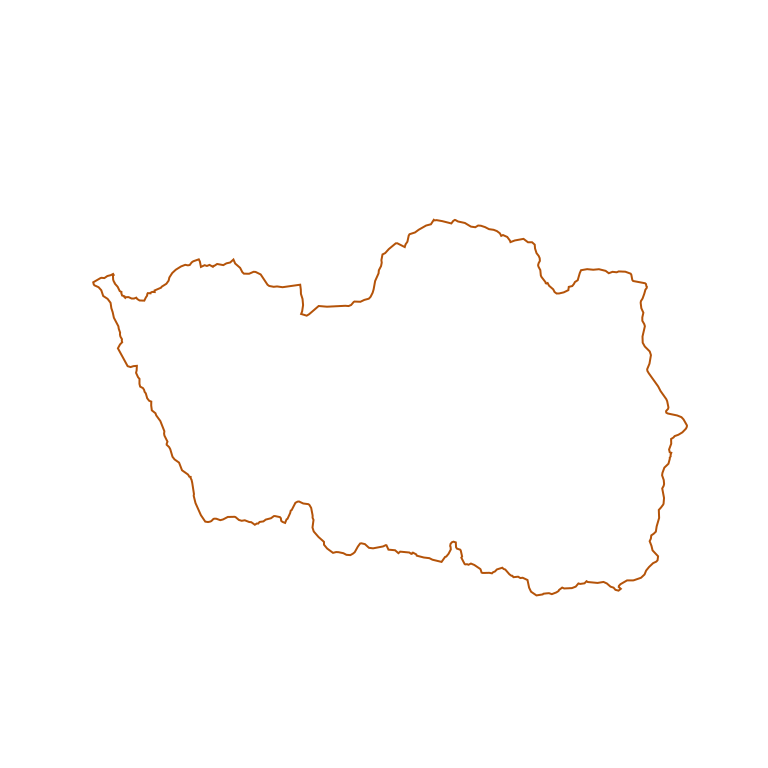 Tazlau, Neamt, Romania (orthographic projection), rotated 193°
{"feature_id": "2599482B29958320334989", "entity_name": "Tazlau", "entity_type": "district", "adm_level": 2, "iso_a3": "ROU", "parent_name": "Romania", "parent_adm1": "Neamt", "projection": "orthographic", "projection_center": [26.403, 46.703], "detail": "fine", "context": "isolated", "style": "outline", "palette": "amber", "viewbox_px": 768, "rotation_deg": 193, "n_neighbors": 0, "source": "geoboundaries", "source_scale": "gbopen_adm2", "svg_char_len": 6116}
<svg xmlns="http://www.w3.org/2000/svg" viewBox="0 0 768 768"><g transform="rotate(193 384 384)"><path d="M690.2,417.7L689.2,415.7L688.3,415.0L683.9,414.1L680.6,411.8L677.4,406.6L672.5,404.8L668.7,401.6L666.7,396.5L664.5,392.9L662.1,387.8L655.8,380.5L654.9,378.2L652.7,374.7L652.4,372.8L651.5,370.9L649.4,368.7L649.2,367.0L648.5,365.8L650.1,363.2L651.3,358.9L637.8,343.7L634.7,343.5L632.2,345.0L628.9,346.1L628.1,341.7L628.1,339.1L625.1,335.2L623.4,334.0L622.3,329.1L621.0,326.6L618.0,325.8L616.5,324.4L615.5,322.5L614.0,321.3L611.5,316.8L609.0,314.8L606.8,314.5L606.0,310.7L604.3,306.1L600.1,304.1L598.9,302.2L593.6,297.6L587.4,288.6L587.1,286.1L586.3,284.3L582.0,279.1L582.3,277.0L582.1,275.9L579.2,274.2L577.6,272.4L573.7,265.5L571.1,263.4L566.0,261.3L561.4,254.5L554.6,251.7L552.7,249.8L551.5,250.0L551.1,248.6L550.0,247.4L548.6,244.5L544.4,234.0L544.3,232.3L540.9,225.6L532.9,215.0L527.2,209.7L524.4,209.9L522.5,210.8L521.4,211.6L519.8,214.2L518.7,214.7L517.1,215.0L512.9,214.5L510.4,215.8L506.3,219.3L499.7,221.0L498.7,220.9L494.8,218.9L491.9,218.7L489.0,219.9L484.3,219.2L482.2,219.5L478.2,217.8L476.5,219.5L475.2,219.7L474.2,221.6L470.6,223.0L468.7,225.3L463.9,227.8L461.6,230.5L460.5,230.8L455.5,230.9L454.3,230.0L453.4,227.6L451.9,226.8L449.1,226.4L448.5,230.2L447.7,230.9L446.4,237.1L446.4,239.7L445.6,240.4L443.6,248.3L441.8,249.9L440.4,250.4L435.8,249.4L430.8,249.9L429.6,249.5L427.1,246.9L424.0,239.9L423.5,237.6L422.1,235.7L421.4,228.1L419.3,224.5L413.4,220.2L407.0,216.7L406.3,213.9L402.4,210.9L395.7,208.0L392.8,209.5L390.5,209.9L385.5,210.0L382.2,209.1L378.3,209.7L376.1,211.7L374.7,213.5L372.9,219.7L371.4,223.2L370.2,223.7L366.6,223.7L361.8,221.0L357.7,221.4L348.4,225.5L346.0,227.4L345.3,227.4L342.4,223.6L335.8,224.5L331.9,222.4L330.5,224.3L321.4,225.5L319.2,224.6L318.4,225.1L318.3,226.0L317.9,226.2L314.2,225.2L313.5,224.1L306.2,223.9L300.6,224.5L297.3,223.7L287.9,223.6L285.6,229.2L284.5,229.9L282.9,233.1L281.7,237.8L282.5,240.3L283.1,241.0L283.2,243.2L282.2,245.1L280.8,246.0L278.4,245.8L277.1,241.2L275.9,240.0L272.4,239.7L271.7,238.9L269.1,233.5L269.6,232.2L265.0,226.8L264.3,226.5L262.5,227.1L261.0,226.9L258.9,228.6L255.3,228.0L248.8,225.5L248.2,225.1L246.5,222.2L245.2,222.1L239.0,223.7L236.2,223.8L235.4,225.1L233.7,226.3L232.3,228.7L227.4,231.6L225.9,230.7L224.1,230.5L219.0,226.8L216.7,225.8L215.8,226.0L214.4,224.9L210.0,226.4L207.5,225.6L205.3,226.4L200.1,225.3L196.8,218.2L194.0,214.7L187.9,212.3L182.0,214.7L181.5,215.5L179.0,216.4L176.2,217.3L173.2,217.0L169.2,219.7L167.4,221.5L167.1,222.7L164.6,225.7L162.5,225.3L155.0,227.4L151.6,229.7L149.7,233.4L147.9,233.3L143.8,234.9L142.3,237.4L140.9,236.9L131.2,238.2L125.6,240.5L122.0,239.8L117.7,237.5L114.5,237.2L112.2,235.5L109.0,235.4L107.2,237.7L109.6,239.0L109.7,240.1L108.6,242.1L103.0,247.3L96.7,248.8L90.0,253.0L87.3,257.0L86.6,261.2L84.6,265.3L81.5,270.0L78.7,272.2L77.8,273.8L78.2,277.8L84.9,282.3L87.0,286.5L89.8,290.6L89.2,293.3L89.5,296.6L87.5,298.8L85.9,301.3L86.3,306.6L85.8,315.4L87.9,323.1L86.3,326.0L84.8,329.4L84.7,330.4L85.5,335.9L89.4,344.8L88.6,347.7L88.6,349.6L89.8,353.3L92.5,357.6L92.7,360.0L92.0,365.6L88.9,370.3L88.7,375.5L89.0,376.4L88.4,378.0L88.8,379.3L88.6,381.6L90.2,381.7L91.5,384.3L90.7,390.4L91.9,395.0L89.9,397.0L89.1,398.6L85.7,400.8L82.4,404.0L79.7,408.5L79.3,410.5L79.5,411.8L84.2,416.9L86.7,418.6L91.3,419.3L100.9,419.1L102.4,419.5L102.9,420.3L103.0,421.2L101.6,423.7L101.6,425.2L104.2,430.9L105.5,432.7L112.9,439.3L116.3,443.3L128.4,454.0L130.3,456.0L130.9,457.6L129.9,463.5L130.4,472.2L132.4,475.5L138.3,479.2L141.2,482.4L142.8,488.4L142.8,499.0L143.9,500.9L146.5,503.7L147.3,507.0L147.3,511.8L150.3,515.7L152.2,520.9L152.3,522.6L151.3,525.4L150.7,530.4L150.5,534.8L149.7,536.4L149.7,537.8L150.4,538.4L151.2,540.3L152.3,540.9L164.4,540.4L165.5,541.3L167.6,546.1L168.5,547.0L174.1,547.7L180.6,546.5L182.4,545.2L186.6,544.7L189.9,542.5L193.5,544.1L200.4,544.2L205.8,542.4L211.9,541.6L217.6,539.2L218.2,536.1L218.6,528.7L220.9,526.3L221.5,524.1L222.6,521.8L225.8,520.2L225.5,516.9L229.5,513.7L233.8,511.6L236.2,511.0L238.5,512.0L240.4,514.3L245.3,516.9L247.3,519.2L248.4,518.4L249.1,518.6L249.6,519.6L254.6,523.7L255.6,525.0L257.3,530.1L259.9,533.1L260.6,534.5L260.5,536.6L259.8,539.0L260.6,541.6L262.1,543.6L264.8,545.8L267.3,550.0L268.5,553.7L271.6,555.4L275.6,554.5L280.7,556.8L288.8,553.3L292.7,550.7L293.6,552.1L297.0,555.0L301.6,555.9L303.1,554.7L305.0,556.9L308.4,558.4L311.9,558.9L316.5,558.5L320.8,559.6L325.2,560.0L327.9,559.6L330.3,557.3L334.7,556.9L341.4,559.1L348.5,559.0L351.2,559.8L351.9,559.8L353.2,558.5L354.5,555.6L364.0,555.8L369.6,555.5L371.5,554.8L372.4,555.2L374.2,550.2L378.6,547.9L384.9,542.1L387.9,538.6L392.8,535.7L393.3,534.2L393.2,527.9L394.4,524.9L394.6,522.1L402.7,524.1L404.2,523.7L409.7,516.5L412.3,511.8L414.6,509.9L414.4,504.1L413.5,501.7L413.4,498.2L414.6,493.7L414.2,490.6L415.8,482.4L415.4,473.9L415.6,470.4L416.7,465.9L418.0,463.7L422.1,461.5L425.5,458.8L431.3,457.7L432.0,457.1L433.8,453.6L436.0,452.0L439.3,451.5L456.9,446.5L465.2,445.3L472.7,435.1L474.7,433.2L480.5,433.6L480.1,436.3L480.6,442.7L482.5,448.5L485.2,453.1L486.3,457.3L488.0,461.9L504.6,455.5L510.2,455.0L513.3,453.9L517.9,453.7L519.8,454.5L528.8,463.0L534.3,464.3L536.3,464.0L540.2,461.1L545.3,460.0L547.2,461.1L550.3,464.8L556.1,467.9L558.7,471.4L561.2,467.8L564.7,466.1L567.3,463.7L573.6,463.4L576.1,460.8L576.8,460.7L577.1,459.7L580.8,460.8L583.1,459.2L585.5,459.4L588.7,456.9L590.9,461.8L592.5,463.8L597.4,460.7L598.7,459.3L600.1,456.2L601.8,455.5L604.5,455.4L608.2,452.9L612.6,448.5L615.3,444.5L617.1,439.5L617.1,436.3L618.6,432.7L622.5,428.8L622.9,427.7L628.6,423.5L628.1,422.0L630.6,421.6L632.1,420.3L632.0,419.8L634.6,419.4L634.9,418.3L634.7,416.8L635.5,414.8L636.3,411.3L641.0,410.4L643.5,411.3L644.8,412.4L646.7,411.1L649.1,410.5L652.4,411.2L655.1,410.5L655.4,409.9L656.2,410.7L656.4,410.3L657.6,411.2L659.1,411.3L660.4,413.5L660.5,414.6L662.4,415.1L665.4,418.8L669.0,421.4L669.3,422.2L670.2,422.9L671.4,424.8L672.5,428.7L671.9,429.4L672.7,430.3L674.7,428.6L677.8,427.0L680.3,424.3L683.3,423.9L684.3,423.2L690.2,417.7Z" fill="none" stroke="#b45309" stroke-width="2"/></g></svg>